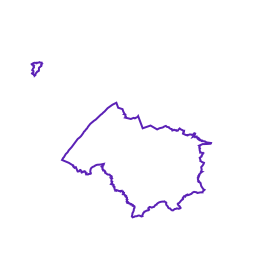 outline of Montecristi, Manabi, Ecuador, rotated 70°
{"feature_id": "8360857B99830619134812", "entity_name": "Montecristi", "entity_type": "district", "adm_level": 2, "iso_a3": "ECU", "parent_name": "Ecuador", "parent_adm1": "Manabi", "projection": "equal_earth", "projection_center": [-80.746, -1.129], "detail": "fine", "context": "isolated", "style": "outline", "palette": "violet", "viewbox_px": 256, "rotation_deg": 70, "n_neighbors": 0, "source": "geoboundaries", "source_scale": "gbopen_adm2", "svg_char_len": 5902}
<svg xmlns="http://www.w3.org/2000/svg" viewBox="0 0 256 256"><g transform="rotate(70 128 128)"><path d="M170.9,55.4L170.5,55.1L168.7,58.6L167.6,59.9L167.1,60.1L167.0,60.6L166.6,60.8L165.6,63.0L165.1,62.7L164.5,63.7L164.2,63.9L164.3,64.5L163.7,65.0L163.4,64.3L162.5,64.8L162.8,65.6L162.5,65.8L162.4,65.5L161.2,66.2L161.0,65.6L159.9,66.6L159.5,66.5L159.3,67.8L159.5,68.2L158.4,68.8L158.5,70.1L157.9,69.4L157.2,67.6L156.2,66.8L155.6,67.5L156.5,69.2L156.1,70.7L155.8,70.8L155.2,72.0L155.2,73.4L154.8,74.8L155.1,74.9L154.3,76.1L152.1,78.3L151.5,77.9L150.9,76.8L149.9,76.3L149.8,77.1L149.0,77.2L147.3,78.9L146.1,79.6L146.5,80.4L146.7,81.0L147.5,82.0L147.3,83.2L147.0,83.6L146.4,83.6L146.1,84.6L145.5,85.1L145.4,85.5L145.5,85.8L145.5,87.2L143.9,87.3L143.6,88.0L142.2,89.2L141.3,89.3L140.3,91.0L139.0,91.7L139.0,93.4L139.4,95.2L139.0,98.4L139.3,101.1L133.4,106.0L133.3,114.3L120.3,114.4L120.9,115.2L121.1,117.5L121.3,117.7L121.1,118.6L120.7,118.8L120.4,119.3L120.5,122.2L117.4,126.9L117.2,126.2L116.7,126.1L115.9,126.5L114.8,125.8L114.3,125.9L113.7,126.8L113.6,126.5L111.8,126.6L111.3,126.8L108.4,126.7L105.6,130.3L100.3,130.3L100.8,134.6L102.4,140.4L104.5,144.4L105.0,145.9L105.8,147.5L106.2,149.0L109.1,155.5L109.6,157.6L111.2,162.0L113.1,165.1L114.5,166.8L114.9,167.9L115.9,169.3L116.4,170.6L117.6,172.0L119.5,174.8L120.3,176.5L121.1,179.0L126.7,187.5L128.7,191.3L130.2,193.1L131.2,195.4L133.6,198.3L133.9,199.1L135.5,200.9L140.5,195.5L143.6,193.1L144.4,192.2L144.7,192.2L145.4,192.7L146.2,192.3L146.5,192.2L146.6,191.6L147.2,191.6L147.1,190.4L151.6,190.2L151.8,190.0L151.9,188.6L151.2,187.9L151.1,187.5L151.2,187.0L152.1,186.9L152.7,186.5L153.5,186.9L154.0,186.8L154.0,185.3L153.7,184.8L153.7,183.7L154.2,183.2L154.5,183.3L154.6,183.0L155.6,183.0L156.1,182.9L156.2,182.7L156.6,183.2L157.1,183.0L157.3,183.1L157.5,182.6L158.0,181.4L157.8,180.7L158.2,178.9L158.1,178.5L157.3,178.3L156.3,178.5L154.0,177.3L152.9,176.0L152.5,174.4L152.4,172.6L152.0,171.5L152.0,169.6L153.0,166.1L153.4,163.1L153.7,163.4L153.8,163.8L154.2,163.6L154.6,164.9L155.0,165.1L155.3,165.9L155.9,165.3L156.1,165.7L156.8,165.6L157.7,166.1L158.1,166.0L158.6,165.5L158.8,165.6L158.8,165.9L159.5,165.9L160.1,164.6L160.8,164.4L161.0,164.5L161.3,164.3L162.0,164.8L162.7,164.7L163.3,163.8L164.2,163.5L164.9,162.8L165.5,161.3L166.1,161.0L167.1,160.9L167.3,160.7L167.3,160.2L167.7,159.9L168.3,159.9L169.1,160.4L169.5,160.3L169.3,161.2L170.1,160.8L172.2,161.8L172.6,161.5L173.0,161.7L173.2,161.3L174.2,162.1L174.6,161.8L175.1,161.8L175.2,162.0L174.8,162.9L174.9,163.1L175.5,162.4L175.7,161.6L176.0,161.4L176.3,161.5L176.6,161.0L177.5,161.4L178.2,161.1L178.3,161.6L178.6,161.5L179.0,160.9L180.4,161.5L181.1,161.4L181.5,161.5L182.0,161.2L182.4,161.3L182.4,160.3L183.0,160.3L182.9,159.6L183.0,159.1L183.7,158.6L184.3,157.7L184.6,156.5L184.9,157.0L185.1,156.9L184.8,155.9L186.0,154.4L186.9,154.9L187.1,154.5L187.4,154.5L187.6,154.0L188.5,154.5L188.4,154.9L188.6,155.2L189.1,154.3L189.8,154.0L190.2,153.6L190.6,153.8L191.3,152.9L191.8,153.0L192.0,153.5L193.1,152.8L193.6,152.9L194.4,153.6L194.9,153.3L195.0,153.8L196.4,153.8L196.7,154.3L197.0,154.1L197.3,154.4L197.6,154.3L197.7,153.8L198.2,154.2L198.7,153.5L198.4,153.3L198.5,153.0L198.8,152.9L199.2,152.5L199.3,152.7L199.5,152.6L199.8,152.2L200.3,151.3L200.8,151.5L201.0,150.8L201.6,150.1L201.9,150.4L202.6,150.4L202.9,150.0L202.9,149.5L203.2,149.4L203.5,148.9L203.9,148.7L204.7,149.1L205.2,149.1L205.5,149.7L206.5,150.4L207.3,150.7L208.3,151.5L209.2,152.4L209.6,153.0L211.0,153.6L212.3,154.6L213.5,154.2L213.6,152.7L213.4,151.7L213.9,149.9L213.8,148.6L213.9,148.0L214.1,147.4L214.9,146.4L215.7,145.7L215.8,144.5L215.1,144.4L214.3,143.9L213.9,143.3L213.1,142.7L212.8,141.8L212.2,141.3L212.3,140.2L212.0,139.0L212.3,136.9L212.0,136.1L211.7,136.0L211.0,136.4L210.4,136.4L210.1,136.1L209.6,134.7L210.1,133.8L210.9,132.9L210.9,131.3L211.0,130.5L209.8,128.7L209.8,127.3L209.2,126.9L208.8,125.6L208.5,124.1L208.6,122.4L208.9,120.9L209.3,120.0L209.4,118.9L210.7,118.1L210.8,117.8L211.5,117.6L212.4,118.2L213.7,118.2L215.4,117.4L216.5,117.5L217.3,117.1L218.1,115.9L219.2,115.6L220.4,114.8L220.8,113.9L220.1,111.8L220.4,110.6L220.2,109.8L220.6,109.1L220.9,108.2L221.3,107.9L221.3,106.5L221.1,105.9L220.9,105.9L218.8,106.4L218.3,107.0L216.4,107.3L216.1,107.1L215.9,105.5L214.2,102.6L213.7,100.7L213.4,100.4L212.8,100.7L212.5,100.5L211.3,98.7L211.6,98.1L212.1,97.8L211.6,97.0L211.2,97.1L210.9,95.9L210.9,95.3L211.3,95.5L211.6,94.8L211.7,93.3L211.6,92.0L211.5,91.6L211.6,91.1L211.4,90.5L210.8,89.6L210.6,87.8L211.9,85.5L212.8,85.1L213.2,82.3L213.9,80.2L213.6,80.2L213.5,79.7L213.2,79.4L212.3,77.3L211.4,78.1L207.9,79.0L205.8,78.9L205.4,78.7L204.6,78.9L204.1,78.7L203.6,79.1L202.9,80.1L202.5,80.0L202.0,80.2L201.8,79.6L200.7,79.9L199.9,79.8L197.7,77.9L197.7,78.5L197.3,78.1L197.1,78.2L196.7,77.4L196.0,77.1L195.3,75.3L194.7,74.5L194.5,73.4L193.9,74.3L193.2,73.6L192.3,73.0L189.8,72.6L188.7,70.6L187.5,69.1L186.7,68.5L185.2,70.2L184.2,70.8L183.8,71.3L182.8,70.9L180.5,70.8L180.0,68.7L179.5,68.6L179.4,68.2L178.8,67.9L178.3,66.9L177.6,66.5L177.3,65.8L177.0,66.0L176.9,66.9L176.1,67.6L175.8,68.6L175.0,68.3L173.8,68.3L172.5,68.0L171.8,67.3L171.0,67.8L169.9,67.0L169.7,67.2L169.2,66.9L168.9,67.1L168.8,65.1L168.6,63.5L170.0,59.4L171.0,55.9L170.9,55.4ZM38.0,187.2L37.1,186.8L36.7,187.6L36.1,188.7L35.9,188.8L36.0,189.3L35.7,190.9L35.9,191.5L35.4,191.7L35.3,192.4L34.7,193.6L34.7,194.8L35.1,196.7L35.6,196.6L37.0,195.0L37.5,195.7L38.2,195.4L38.7,195.5L39.2,196.0L39.5,196.8L40.7,197.8L40.9,198.2L41.2,198.1L41.4,197.7L41.9,197.4L43.0,197.6L43.6,198.3L43.7,198.9L43.7,199.4L43.9,199.6L44.8,199.0L45.2,198.5L45.7,198.1L46.2,198.2L46.5,197.7L46.9,197.8L46.5,196.8L46.1,196.7L45.2,196.1L44.7,195.1L44.5,194.6L44.1,194.3L43.8,193.7L44.0,193.0L43.9,192.4L43.2,191.9L41.2,191.2L40.8,190.7L40.6,189.7L40.2,189.0L40.2,188.4L39.9,188.0L38.9,188.0L38.3,186.9L38.0,187.2Z" fill="none" stroke="#5b21b6" stroke-width="2"/></g></svg>